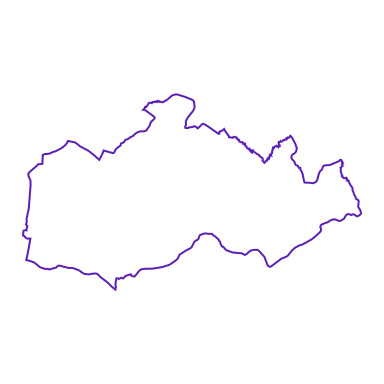 the district of Ko Chan, Chon Buri, Thailand
{"feature_id": "78962969B17576291228929", "entity_name": "Ko Chan", "entity_type": "district", "adm_level": 2, "iso_a3": "THA", "parent_name": "Thailand", "parent_adm1": "Chon Buri", "projection": "robinson", "projection_center": [101.432, 13.403], "detail": "fine", "context": "isolated", "style": "outline", "palette": "violet", "viewbox_px": 384, "rotation_deg": 0, "n_neighbors": 0, "source": "geoboundaries", "source_scale": "gbopen_adm2", "svg_char_len": 6037}
<svg xmlns="http://www.w3.org/2000/svg" viewBox="0 0 384 384"><path d="M359.0,215.5L360.6,214.3L360.9,213.8L361.0,212.6L360.1,210.0L358.2,206.8L358.7,201.0L358.5,200.4L355.9,198.7L355.6,197.2L354.2,194.6L353.3,191.9L352.5,190.2L352.5,187.7L351.1,186.2L349.5,183.1L348.7,182.0L348.7,180.9L348.0,180.7L347.8,180.2L347.1,180.4L347.2,179.9L346.9,179.6L347.2,179.3L346.9,178.6L346.2,177.7L344.5,178.2L343.4,178.0L342.8,177.0L342.0,176.6L342.3,175.4L341.7,175.0L341.2,172.3L340.8,171.8L340.6,171.1L340.9,169.8L340.7,168.7L340.9,168.1L340.6,167.7L341.6,166.8L341.8,166.2L342.6,165.9L342.6,165.1L342.1,164.6L342.4,164.3L342.2,163.4L342.8,163.1L342.1,162.5L342.3,161.7L341.9,161.5L341.7,160.9L341.1,160.6L341.1,159.9L340.2,159.8L339.4,160.8L338.5,161.4L330.4,164.8L328.2,165.2L325.0,165.3L323.5,165.9L322.8,166.9L322.0,169.7L320.4,170.8L319.4,172.6L318.9,173.8L317.2,180.0L316.5,181.2L315.5,182.2L313.2,183.2L308.7,182.7L304.7,182.6L304.4,182.4L303.5,178.4L302.6,174.0L301.5,171.2L300.5,169.9L300.3,167.8L298.6,167.7L298.0,166.0L295.9,165.0L295.2,164.1L294.8,162.7L293.7,160.8L292.2,159.4L291.4,158.1L291.5,156.6L291.9,155.1L292.6,154.5L294.6,153.3L295.7,152.1L296.2,151.0L296.8,148.6L296.4,146.9L295.3,143.9L293.5,140.3L292.0,137.7L290.3,135.8L289.8,136.3L289.6,137.1L289.1,137.6L288.7,137.5L288.3,137.8L287.5,137.5L286.9,138.0L286.5,138.0L286.4,138.3L286.9,138.5L286.9,139.0L286.5,139.3L286.1,139.3L286.0,139.7L284.5,139.7L283.8,140.4L282.9,140.3L282.6,140.9L281.4,141.7L280.7,141.8L280.4,141.3L280.0,142.0L278.8,142.0L278.6,142.6L278.7,143.5L278.9,143.8L279.1,144.8L279.6,145.1L279.3,145.7L279.7,146.2L278.9,146.5L278.4,147.3L276.7,145.7L276.2,146.3L275.2,146.4L274.9,146.8L274.2,146.8L273.9,148.1L273.4,148.3L272.9,148.0L272.8,149.8L272.2,150.4L272.1,153.2L271.3,153.6L271.2,154.0L270.7,154.4L271.0,155.2L270.1,154.7L269.7,154.9L269.7,155.2L270.1,155.2L270.1,155.5L269.7,157.0L269.2,157.2L269.1,157.6L268.6,157.7L269.0,158.2L268.9,158.8L268.2,158.4L267.6,158.7L267.6,159.3L267.3,160.0L267.1,160.1L266.9,159.8L266.6,160.2L266.7,160.9L266.0,161.2L265.6,161.2L265.5,161.6L264.3,162.8L263.5,161.7L263.1,161.4L262.8,160.8L262.5,160.7L262.8,159.3L262.6,158.3L259.8,156.2L259.2,155.6L259.1,155.0L257.5,154.3L253.9,151.7L253.4,151.7L253.1,150.9L252.6,151.0L252.6,150.4L251.4,151.1L251.7,152.3L251.1,151.9L250.1,150.7L250.7,150.4L250.7,149.9L249.0,149.5L248.7,149.2L249.0,148.7L248.3,148.8L247.2,148.1L246.7,147.7L246.3,146.2L245.3,145.8L245.0,144.8L245.1,143.6L244.4,143.5L244.5,144.1L243.3,144.1L243.1,142.9L242.6,142.2L241.4,142.4L240.9,142.0L239.3,141.5L239.1,140.8L238.7,140.4L239.0,139.8L237.8,139.4L237.4,138.7L236.6,138.5L236.6,137.5L234.5,136.8L233.5,136.9L233.4,137.5L232.8,137.8L228.9,137.1L228.8,136.0L225.6,131.8L224.1,129.0L222.3,130.6L219.5,131.6L219.3,133.7L218.7,133.9L207.2,125.9L203.8,123.9L202.8,123.9L201.8,124.5L200.4,125.8L199.5,126.9L197.7,128.4L197.2,128.2L196.9,127.5L196.1,126.8L195.1,126.4L194.5,126.6L194.0,126.2L193.0,126.8L191.8,127.1L189.0,127.4L188.4,128.0L185.5,128.0L185.3,127.7L185.2,126.7L186.0,124.6L185.8,122.1L186.0,120.8L187.9,117.3L192.7,111.4L194.2,108.7L194.6,106.7L193.9,101.6L193.4,100.7L192.4,99.9L185.5,97.0L178.7,94.9L176.7,94.4L175.6,94.4L172.3,95.4L167.2,99.7L162.9,102.3L162.5,102.3L161.1,101.7L159.4,102.0L159.0,101.7L158.8,101.1L158.3,101.0L157.6,101.7L157.3,101.3L156.8,102.0L155.9,101.3L154.9,101.6L154.5,102.1L153.5,101.9L152.8,102.3L152.4,102.1L151.7,102.7L151.7,103.1L149.9,102.7L149.2,102.8L149.0,103.2L148.6,103.3L147.5,105.4L146.9,105.8L146.3,107.0L145.1,106.9L144.8,108.0L143.2,109.8L144.7,109.9L147.8,112.0L154.2,116.8L154.6,117.3L154.7,117.8L154.6,118.3L153.8,119.4L150.9,122.0L149.6,125.8L146.1,130.7L144.1,131.3L140.7,131.3L137.4,132.3L135.3,133.7L132.8,136.1L130.5,137.1L128.4,138.8L125.6,139.8L124.7,140.7L124.1,142.0L123.5,142.6L121.2,143.3L120.8,143.9L120.7,145.2L120.2,145.8L117.2,147.9L116.1,149.0L115.2,150.3L114.3,152.3L113.1,153.2L103.6,150.5L102.9,152.7L99.3,159.9L93.6,154.8L88.5,150.8L79.5,146.0L78.1,144.6L75.1,142.5L68.0,140.9L66.9,143.1L65.6,144.8L63.3,146.8L60.4,148.8L55.9,151.1L52.4,152.2L50.4,153.2L48.5,153.8L44.8,154.1L42.8,154.9L42.4,163.9L38.1,164.3L36.9,165.7L30.3,171.4L28.5,173.2L28.3,174.6L28.5,176.2L30.4,180.1L30.5,181.0L30.6,184.8L28.8,208.3L28.4,210.7L27.3,215.1L27.2,216.6L26.6,218.5L26.7,222.1L26.0,224.5L27.3,225.9L27.4,226.3L26.7,228.2L26.6,230.3L24.6,230.3L23.5,230.7L23.0,235.5L24.1,235.9L25.7,237.8L26.7,238.4L27.8,238.6L30.4,238.6L27.3,255.6L26.2,260.0L29.5,260.8L34.3,262.5L40.1,267.3L44.6,268.8L46.9,268.9L50.0,269.4L51.5,268.8L55.9,267.7L57.8,265.9L59.0,265.6L61.3,266.0L63.6,266.8L65.8,267.1L67.7,267.9L72.8,268.0L79.0,270.3L81.7,272.3L84.1,273.8L88.7,274.4L92.2,273.7L95.7,273.5L97.0,273.8L98.0,274.4L100.0,276.7L106.2,281.4L109.0,283.8L111.4,286.4L115.4,289.6L115.8,287.0L115.5,285.2L115.8,281.3L116.4,278.3L118.0,278.3L118.7,279.0L121.4,277.7L123.1,278.5L124.8,276.8L125.1,276.1L130.4,274.3L131.0,274.5L131.2,275.3L131.9,276.2L134.6,276.5L139.1,271.0L140.3,269.9L141.7,269.2L144.6,268.8L152.3,268.7L162.1,267.1L168.9,265.0L170.4,264.2L175.6,260.6L177.9,258.4L179.1,255.5L179.7,254.5L186.2,250.4L190.5,248.2L191.7,247.0L194.6,241.4L197.4,239.8L198.5,238.8L199.3,236.2L200.0,235.1L203.4,233.8L205.4,233.4L209.0,233.9L212.1,233.9L213.3,235.4L215.2,236.5L218.5,239.4L219.2,241.0L219.8,241.3L220.9,244.5L221.8,246.1L222.3,246.6L223.2,246.8L226.3,250.2L232.7,252.5L241.6,253.3L242.7,253.7L244.8,255.0L246.7,253.9L249.2,251.7L251.3,250.4L254.5,249.8L257.7,249.9L259.5,251.4L264.4,256.9L267.5,265.0L268.1,265.8L269.7,266.8L270.3,266.8L271.8,265.9L281.5,258.6L285.4,257.1L287.6,255.9L292.0,250.5L295.4,247.5L299.5,245.4L302.1,244.6L305.8,242.7L311.2,239.6L313.7,237.8L319.4,232.7L320.8,231.0L321.1,229.3L320.4,227.3L320.4,226.6L320.8,225.3L321.6,224.6L325.2,223.0L327.5,222.3L331.2,220.0L332.5,219.6L334.8,219.4L335.7,219.6L338.5,220.8L340.4,220.8L341.0,220.6L344.1,218.6L345.6,215.8L346.7,214.6L347.7,214.2L349.8,214.3L351.2,215.1L352.8,214.3L354.1,214.4L356.8,216.3L357.3,216.4L359.0,215.5Z" fill="none" stroke="#5b21b6" stroke-width="2"/></svg>